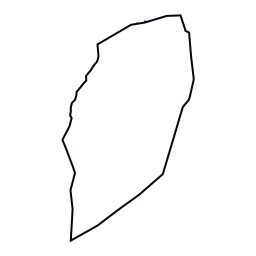 outline of San Francisco Jaltepetongo, Oaxaca, Mexico
{"feature_id": "50627088B40383448618383", "entity_name": "San Francisco Jaltepetongo", "entity_type": "district", "adm_level": 2, "iso_a3": "MEX", "parent_name": "Mexico", "parent_adm1": "Oaxaca", "projection": "mercator", "projection_center": [-97.278, 17.342], "detail": "fine", "context": "isolated", "style": "outline", "palette": "ink", "viewbox_px": 256, "rotation_deg": 0, "n_neighbors": 0, "source": "geoboundaries", "source_scale": "gbopen_adm2", "svg_char_len": 826}
<svg xmlns="http://www.w3.org/2000/svg" viewBox="0 0 256 256"><path d="M180.5,15.4L166.7,15.9L146.6,22.0L145.3,21.7L145.3,21.8L145.3,22.4L145.0,22.5L137.8,23.7L137.7,23.5L137.6,23.4L136.0,24.0L131.0,24.8L97.5,44.4L98.5,56.1L97.9,59.1L96.8,62.0L95.0,63.9L92.5,67.4L90.7,70.5L88.1,73.4L86.0,76.0L86.3,80.5L83.5,83.4L80.7,87.1L78.6,89.5L76.6,92.0L76.3,95.7L75.0,99.9L72.1,102.7L71.3,105.2L70.8,107.9L70.8,111.8L70.1,115.2L71.6,118.2L69.5,126.3L62.5,139.7L62.3,139.5L65.3,146.8L72.9,166.7L75.0,173.0L70.5,190.2L72.6,209.3L70.8,240.6L97.9,225.3L108.2,217.4L116.3,211.3L123.3,206.1L132.0,199.9L139.3,194.6L144.2,190.3L162.8,174.1L173.3,139.1L179.9,116.7L182.8,107.1L188.7,100.0L189.4,98.3L190.2,95.2L193.6,80.1L193.7,78.3L193.1,73.4L191.1,56.7L189.1,32.6L185.6,30.9L180.5,15.4Z" fill="none" stroke="#020617" stroke-width="2"/></svg>